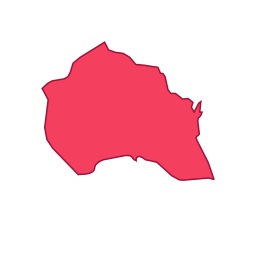 the Province of Bulacan, rotated 241°
{"feature_id": "PHL-2565", "entity_name": "Bulacan", "entity_type": "Province", "adm_level": 1, "iso_a3": "PHL", "parent_name": "Philippines", "parent_adm1": "", "projection": "orthographic", "projection_center": [120.991, 14.97], "detail": "fine", "context": "isolated", "style": "filled", "palette": "rose", "viewbox_px": 256, "rotation_deg": 241, "n_neighbors": 0, "source": "natural_earth", "source_scale": "10m", "svg_char_len": 1078}
<svg xmlns="http://www.w3.org/2000/svg" viewBox="0 0 256 256"><g transform="rotate(241 128 128)"><path d="M105.9,200.5L103.5,197.3L102.4,194.0L100.3,192.4L88.3,187.5L87.5,186.1L87.4,184.4L86.7,182.9L84.0,182.3L58.9,181.4L43.1,178.6L41.6,178.2L42.4,177.1L44.0,175.6L45.3,174.0L55.4,151.4L57.6,147.9L65.1,143.1L84.0,136.7L89.9,130.2L91.5,128.1L95.8,125.9L97.7,124.0L98.2,122.0L97.4,120.5L96.1,119.5L95.5,119.3L97.3,118.0L101.5,117.1L103.1,116.0L105.2,112.5L112.2,91.0L112.5,86.6L111.7,82.3L110.8,80.9L107.8,78.1L106.9,76.1L107.0,72.6L108.2,68.8L111.4,61.9L146.7,52.4L157.2,51.5L168.8,55.4L191.4,71.9L204.2,72.1L206.0,79.5L205.9,84.7L201.9,96.0L202.0,100.4L204.6,104.4L211.3,111.4L213.0,120.4L214.4,149.1L205.7,148.8L200.3,153.6L195.6,159.9L189.1,163.7L179.7,165.7L174.9,172.8L169.8,179.3L166.6,183.6L160.2,182.9L158.7,184.9L156.8,185.1L154.9,185.3L142.1,181.5L137.6,182.2L135.2,186.2L129.6,188.6L126.8,189.8L124.6,194.9L118.9,197.2L115.4,193.5L109.9,193.5L115.4,201.9L115.8,204.5L110.4,200.8L107.3,198.5L105.9,200.5Z" fill="#f43f5e" stroke="#9f1239" stroke-width="1.5"/></g></svg>